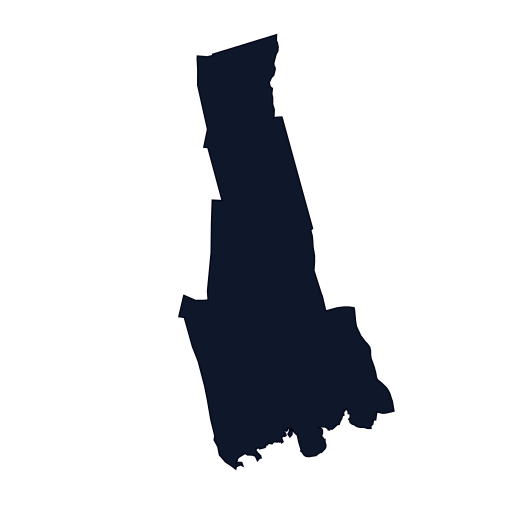 the district of Sagaga le Usoga, Tuamasaga, Samoa, rotated 164°
{"feature_id": "51752279B36122243432927", "entity_name": "Sagaga le Usoga", "entity_type": "district", "adm_level": 2, "iso_a3": "WSM", "parent_name": "Samoa", "parent_adm1": "Tuamasaga", "projection": "robinson", "projection_center": [-171.854, -13.828], "detail": "fine", "context": "isolated", "style": "filled", "palette": "ink", "viewbox_px": 512, "rotation_deg": 164, "n_neighbors": 0, "source": "geoboundaries", "source_scale": "gbopen_adm2", "svg_char_len": 2640}
<svg xmlns="http://www.w3.org/2000/svg" viewBox="0 0 512 512"><g transform="rotate(164 256 256)"><path d="M175.3,463.0L192.6,462.7L242.1,461.8L242.1,460.5L248.7,460.9L249.7,461.5L257.2,464.3L258.1,461.7L260.6,450.9L264.9,436.3L267.6,391.2L276.1,375.0L272.3,373.5L273.2,318.5L282.6,321.7L289.9,299.0L298.1,271.6L312.2,235.7L314.1,226.8L319.1,227.8L326.5,229.9L336.2,238.0L346.8,219.0L341.8,216.8L342.0,186.4L340.5,170.5L341.1,145.4L342.3,130.9L344.5,110.6L345.1,94.5L346.9,90.6L345.2,83.3L345.9,74.8L345.5,73.9L343.9,70.6L342.1,66.6L337.8,61.6L334.2,56.8L333.1,59.0L328.4,59.5L326.5,57.8L326.7,61.4L329.6,62.4L331.5,62.3L332.2,63.2L330.4,64.4L330.4,65.5L328.1,67.3L320.8,69.3L319.0,67.2L314.5,65.8L311.7,63.8L311.0,58.9L308.2,60.7L306.8,60.5L306.6,62.5L308.6,66.1L309.9,69.4L308.7,70.7L306.2,71.3L305.8,69.7L301.1,69.5L299.6,69.8L298.8,71.7L297.5,71.3L295.5,72.6L292.3,71.1L290.2,72.6L286.8,71.4L286.4,72.4L284.8,70.7L283.3,70.9L282.9,69.4L281.2,70.0L281.7,74.3L279.9,75.3L278.1,74.8L276.6,75.3L276.6,77.4L277.4,78.9L277.5,81.0L276.1,81.2L275.4,79.3L274.1,79.7L273.2,81.8L271.9,81.5L271.6,79.6L272.7,77.5L274.3,76.0L273.3,72.8L270.7,74.4L269.6,77.8L270.2,80.1L269.4,81.1L267.8,76.0L265.6,72.2L266.1,65.0L266.0,57.2L266.7,56.3L265.9,55.2L264.5,51.2L263.0,49.6L260.2,48.6L253.3,47.7L250.9,48.8L248.5,49.5L247.3,49.2L242.9,51.7L241.6,53.2L241.0,55.0L241.0,58.3L240.3,60.7L241.5,61.0L241.9,63.4L243.1,64.4L241.0,67.3L240.3,69.6L240.4,71.5L243.0,73.8L240.6,73.9L236.9,72.8L234.4,70.4L234.6,69.2L233.5,68.5L232.0,69.4L230.7,68.6L228.7,69.3L224.6,71.5L222.5,71.3L220.7,74.0L218.6,75.9L217.0,78.7L215.5,78.7L214.9,81.8L213.2,82.9L213.4,83.8L211.1,83.8L210.2,81.2L210.7,79.1L208.8,78.2L209.9,74.9L211.8,73.4L211.2,72.6L211.3,69.9L209.8,67.9L208.0,66.8L206.3,64.6L204.0,63.1L198.5,61.2L196.8,59.8L193.0,58.7L192.5,61.1L190.2,62.1L188.3,66.2L186.2,65.5L182.9,72.9L177.5,70.0L174.9,69.4L166.2,68.9L165.1,78.5L165.4,87.2L166.4,91.7L167.5,94.3L170.3,99.1L173.5,103.7L173.8,106.1L173.3,109.7L173.1,116.6L173.7,125.8L173.3,129.1L172.1,133.4L171.9,136.9L173.1,140.5L174.7,143.4L177.4,150.5L179.0,160.7L178.3,166.2L176.3,176.7L176.1,179.2L180.6,181.2L185.4,182.6L192.0,183.7L204.2,183.9L203.4,199.7L203.7,200.8L204.4,226.1L201.4,234.4L199.7,240.5L198.7,249.4L197.4,254.9L196.5,259.6L196.3,265.9L194.1,266.9L193.8,295.2L192.8,382.4L197.9,383.6L200.8,383.9L198.1,391.9L198.3,397.1L196.4,403.7L196.2,407.5L194.1,412.6L195.5,414.2L195.8,416.3L195.4,419.4L192.0,423.3L189.2,424.9L186.2,430.1L185.8,432.0L186.3,433.8L185.9,436.4L181.3,444.2L178.5,447.1L177.1,451.0L176.8,455.2L177.2,457.5L175.3,463.0Z" fill="#0f172a" stroke="#020617" stroke-width="1.5"/></g></svg>